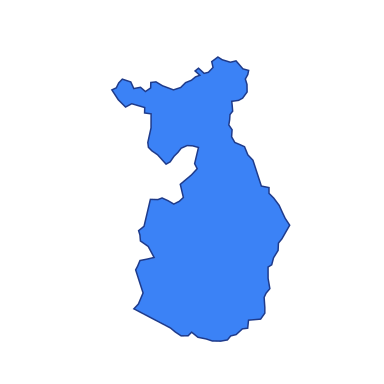 Humaitá, Rio Grande do Sul, Brazil (Robinson projection), rotated 111°
{"feature_id": "56859067B44026938864112", "entity_name": "Humaitá", "entity_type": "district", "adm_level": 2, "iso_a3": "BRA", "parent_name": "Brazil", "parent_adm1": "Rio Grande do Sul", "projection": "robinson", "projection_center": [-54.001, -27.586], "detail": "fine", "context": "isolated", "style": "filled", "palette": "blue", "viewbox_px": 384, "rotation_deg": 111, "n_neighbors": 0, "source": "geoboundaries", "source_scale": "gbopen_adm2", "svg_char_len": 1675}
<svg xmlns="http://www.w3.org/2000/svg" viewBox="0 0 384 384"><g transform="rotate(111 192 192)"><path d="M125.4,303.4L132.3,293.9L136.5,284.5L131.2,279.9L130.1,266.4L135.2,264.6L133.7,258.2L146.9,253.2L161.6,251.0L165.9,248.7L167.9,244.4L169.6,237.4L175.3,226.2L171.7,223.2L165.1,221.6L160.0,219.3L155.0,217.8L150.4,213.2L148.7,208.1L148.1,201.9L164.6,199.7L168.4,195.5L176.2,198.6L189.0,205.7L200.2,198.1L205.2,200.5L209.8,204.7L208.7,211.3L208.3,217.8L211.3,221.1L213.8,228.2L241.2,224.5L247.2,228.0L250.8,225.2L256.2,222.6L258.5,213.4L266.7,203.9L270.7,209.8L274.6,216.0L280.7,216.2L284.9,216.7L303.8,201.5L315.8,201.9L321.9,204.4L326.7,163.3L328.7,157.4L330.2,150.6L327.6,144.1L323.0,142.1L325.5,134.4L324.1,126.0L323.8,119.7L320.9,111.7L317.4,105.9L312.5,104.3L309.3,99.7L301.7,95.9L299.2,91.2L291.4,93.3L286.1,82.4L279.0,80.6L273.8,82.6L264.5,86.9L260.0,86.6L254.3,84.7L245.4,90.0L234.8,94.1L231.4,91.5L224.2,92.3L215.7,90.7L208.7,93.0L203.6,91.3L188.0,88.9L183.2,95.6L178.8,100.2L173.2,105.9L168.4,113.5L165.7,119.6L160.3,121.7L161.6,129.4L140.5,146.5L137.3,153.2L130.9,159.2L130.6,163.9L130.4,169.8L126.3,174.8L119.5,176.9L116.2,181.7L111.2,182.7L106.1,184.3L102.0,183.0L97.6,185.1L93.1,187.4L89.8,181.4L86.3,178.4L78.9,176.4L71.9,179.2L67.4,182.7L62.4,182.0L58.2,182.7L58.8,188.6L53.8,197.9L57.1,202.7L57.7,211.3L56.7,216.2L63.2,220.3L68.2,217.0L74.4,219.6L76.9,223.2L74.1,230.3L77.9,232.5L80.2,226.5L83.3,230.0L87.9,232.6L92.2,237.2L98.5,240.0L103.3,245.9L103.4,257.6L102.1,265.1L104.5,269.7L109.7,267.9L114.9,271.5L112.7,277.6L116.3,283.4L111.2,288.6L111.6,297.5L116.4,299.5L121.9,300.0L125.4,303.4Z" fill="#3b82f6" stroke="#1e3a8a" stroke-width="1.5"/></g></svg>